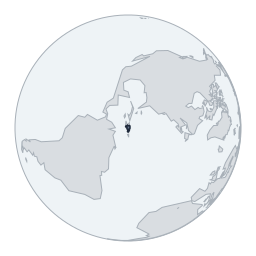 the Earth from above Dominican Republic, rotated 80°
{"feature_id": "DOM", "entity_name": "Dominican Republic", "entity_type": "country or territory", "adm_level": 0, "iso_a3": "DOM", "parent_name": "North America", "parent_adm1": "", "projection": "orthographic", "projection_center": [-70.506, 18.775], "detail": "fine", "context": "on_globe", "style": "filled", "palette": "slate", "viewbox_px": 256, "rotation_deg": 80, "n_neighbors": 0, "source": "natural_earth", "source_scale": "50m", "svg_char_len": 9826}
<svg xmlns="http://www.w3.org/2000/svg" viewBox="0 0 256 256"><g transform="rotate(80 128 128)"><circle cx="128" cy="128" r="113" fill="#eef3f6" stroke="#a8b0b8"/><path d="M113.1,148.1L110.5,146.8L107.9,150.0L99.0,144.1L96.0,137.2L69.8,123.4L67.3,119.5L67.7,113.9L61.2,93.9L62.9,111.9L60.0,108.0L58.1,101.3L59.7,100.0L59.2,90.7L56.9,86.6L58.6,75.3L67.1,62.7L67.5,65.0L69.5,62.0L69.1,59.0L68.4,57.8L74.7,46.0L74.7,38.9L70.9,39.3L74.7,37.5L65.0,40.3L62.6,39.7L67.7,38.9L70.0,37.8L69.5,36.4L71.7,35.0L72.7,33.7L75.5,32.2L78.2,32.3L80.0,31.4L79.6,30.6L82.0,28.8L82.4,30.2L86.7,27.4L92.1,27.7L91.0,33.8L96.2,34.0L101.1,40.5L102.9,39.1L106.0,41.2L109.2,40.5L109.2,42.2L111.8,40.2L111.2,38.8L112.1,37.6L114.0,37.1L114.3,39.1L113.4,39.6L114.5,40.0L113.8,41.3L115.2,40.4L115.4,43.1L118.0,39.9L120.4,41.6L119.7,43.6L116.2,44.1L105.9,51.0L104.2,53.7L105.3,56.8L114.9,60.8L114.4,63.8L116.5,67.3L118.4,65.1L117.4,61.7L121.5,58.9L119.9,55.4L121.3,53.9L121.1,50.3L125.0,50.2L128.9,52.2L129.2,55.3L131.0,56.4L133.8,53.2L137.5,59.1L145.1,63.5L145.7,65.3L141.1,68.8L133.2,69.2L127.2,75.0L135.0,70.8L136.2,75.9L138.0,76.7L140.2,76.4L141.3,74.3L142.6,76.2L135.3,80.7L134.1,79.1L136.4,77.6L132.7,77.9L127.8,81.6L128.8,84.2L120.4,88.0L121.0,90.1L119.5,92.2L119.1,88.6L119.7,95.4L109.9,102.8L110.5,114.9L105.7,105.4L101.4,104.1L96.2,104.0L96.1,106.0L89.2,104.0L82.8,107.7L80.1,117.0L82.3,124.6L90.0,125.5L92.4,121.6L98.2,121.2L93.8,131.9L103.7,134.0L102.6,142.1L105.4,146.4L110.5,145.5L115.7,147.6L119.5,143.0L125.6,140.4L125.7,147.0L129.1,141.0L132.5,144.1L144.6,143.4L143.7,144.9L153.9,152.0L164.9,154.3L167.5,158.7L166.2,161.7L170.0,162.1L170.0,163.9L185.1,164.5L192.7,167.6L192.4,173.9L185.9,182.1L179.5,197.1L167.7,203.2L164.4,208.7L154.7,216.9L147.6,216.9L149.4,220.2L145.2,222.4L140.5,222.8L139.5,225.1L136.0,225.3L138.2,226.6L132.4,229.5L133.9,231.5L129.7,233.5L130.8,234.6L129.3,234.5L127.6,234.9L127.4,235.5L122.7,234.5L121.4,231.9L123.1,230.6L121.1,230.3L124.8,226.6L122.5,227.4L123.2,221.3L126.5,215.8L128.6,198.2L126.2,194.4L117.5,189.9L107.1,174.8L109.9,168.7L107.6,165.6L115.0,156.8L113.1,148.1ZM21.8,96.3L22.7,93.8L22.4,95.8L21.8,96.3ZM23.1,92.1L22.8,92.9L23.0,92.1L23.1,92.1ZM23.2,91.3L23.1,91.9L23.1,91.5L23.2,91.3ZM23.2,90.6L23.2,90.9L23.2,91.0L23.2,90.6ZM109.8,119.0L121.2,125.0L114.6,125.6L115.9,124.6L113.0,122.1L107.6,119.8L101.9,120.8L109.8,119.0ZM23.5,88.9L23.6,88.4L23.5,88.9ZM115.2,112.4L113.2,111.9L115.2,111.9L115.2,112.4ZM67.7,57.6L68.9,59.2L68.4,62.6L67.1,61.4L67.7,57.6ZM68.9,51.7L70.1,51.8L67.8,54.6L67.8,53.7L68.9,51.7ZM67.7,40.1L68.3,40.8L67.0,40.6L67.7,40.1ZM72.4,33.8L71.5,34.1L72.5,33.3L72.4,33.8ZM119.0,50.6L120.0,50.4L119.5,51.2L119.0,50.6ZM117.9,49.2L116.6,50.2L115.8,49.7L116.7,49.2L117.9,49.2ZM77.5,30.4L79.2,29.2L77.9,30.4L77.5,30.4ZM119.7,48.2L114.8,48.8L113.6,48.0L115.7,45.1L119.7,48.2ZM80.5,28.5L84.7,25.9L83.1,26.2L89.9,24.1L84.1,26.8L82.8,28.2L82.2,27.9L80.5,28.5ZM110.2,38.6L110.9,40.1L108.6,39.3L110.2,38.6ZM108.5,38.4L100.0,38.5L99.8,36.3L102.7,36.6L101.2,34.4L105.3,33.2L107.0,34.2L106.3,35.8L108.4,34.2L108.5,38.4ZM93.0,23.5L94.4,23.0L93.4,23.6L93.0,23.5ZM112.3,37.0L110.6,37.1L110.4,35.2L113.8,34.7L112.8,35.4L112.3,37.0ZM98.7,34.4L99.1,33.1L102.6,31.7L103.2,31.0L105.3,33.0L98.7,34.4ZM113.8,35.6L115.5,34.5L117.3,35.0L114.0,36.8L113.8,35.6ZM108.9,35.0L109.0,34.1L110.0,34.4L108.9,35.0ZM124.7,36.8L122.6,36.7L122.3,35.7L124.7,36.8ZM116.0,34.0L115.4,33.8L115.0,33.5L116.5,32.9L116.0,34.0ZM107.6,32.1L109.0,31.9L106.9,31.2L109.4,30.3L110.4,31.9L111.0,30.8L111.8,30.6L111.7,32.2L107.6,32.1ZM116.9,31.2L119.0,33.2L122.9,33.4L123.3,34.3L117.0,33.9L116.9,31.2ZM113.9,31.6L115.9,31.6L115.3,32.6L113.6,33.3L113.9,31.6ZM110.8,29.2L106.7,30.1L106.6,29.8L110.8,29.2ZM118.2,31.1L117.6,30.6L118.5,31.0L118.2,31.1ZM113.1,29.5L111.7,29.8L111.7,29.4L113.1,29.5ZM117.8,29.5L118.4,30.1L117.3,30.6L117.8,29.5ZM115.7,29.4L116.0,28.7L116.5,30.4L115.1,29.5L115.7,29.4ZM113.3,29.1L112.8,28.9L113.9,29.0L113.3,29.1ZM121.6,27.7L122.5,29.7L120.0,30.5L119.5,28.5L121.6,27.7ZM130.6,236.5L123.1,234.8L127.3,235.6L130.2,234.8L134.2,235.9L130.6,236.5ZM139.3,234.0L142.7,233.3L143.5,233.5L141.3,234.1L139.3,234.0ZM215.4,56.9L217.4,60.2L214.4,57.0L209.2,50.1L207.9,48.6L215.4,56.9ZM204.3,45.1L203.8,44.7L200.0,41.4L203.0,44.2L204.1,45.0L206.0,47.0L205.2,46.4L203.9,45.2L203.9,45.7L210.1,52.0L211.8,53.5L213.8,57.6L216.9,60.6L218.5,63.2L214.0,59.1L212.1,57.0L206.1,54.4L208.3,56.9L214.1,59.7L213.6,60.1L216.6,64.1L214.0,61.4L207.1,58.2L206.9,62.6L212.0,75.0L210.7,77.7L207.3,77.8L200.1,68.0L203.7,63.2L201.2,60.2L195.9,57.7L197.4,56.6L195.7,55.1L196.6,53.4L193.4,48.3L193.6,46.5L188.1,42.2L187.4,40.8L190.9,43.7L193.5,44.9L193.5,41.2L192.3,39.8L188.6,37.4L189.1,36.9L185.6,35.2L183.5,32.6L183.1,34.4L178.8,32.2L175.2,29.7L173.7,29.4L179.6,33.7L182.0,35.1L184.2,35.8L190.7,40.8L191.6,42.6L184.5,39.1L185.0,41.5L179.2,38.1L166.9,28.0L163.9,25.3L168.2,24.4L171.3,25.8L171.4,26.7L175.3,27.5L173.1,26.6L173.5,26.4L169.5,24.7L169.6,24.4L165.6,23.3L165.3,22.9L167.8,23.6L161.6,21.2L159.7,20.2L158.3,19.8L157.3,19.7L155.6,18.8L154.6,18.6L154.7,18.8L152.9,18.5L148.9,17.8L148.6,17.6L149.9,17.8L152.3,18.0L155.3,18.7L163.0,20.9L170.5,23.7L177.9,27.0L184.9,30.8L191.7,35.1L198.2,39.9L204.3,45.1ZM152.7,18.1L152.1,18.0L149.3,17.6L147.0,17.3L147.9,17.3L147.4,17.3L146.1,17.0L144.6,16.7L143.4,16.7L130.2,16.1L125.8,15.8L128.1,15.5L118.4,15.9L114.2,16.2L114.4,16.2L109.9,16.9L111.2,16.8L110.9,16.9L99.9,19.5L97.1,20.2L92.5,22.1L94.5,21.7L89.9,24.1L83.1,26.2L83.2,25.8L78.9,27.7L79.9,26.6L78.6,26.9L82.2,25.1L84.8,24.0L85.5,23.8L85.3,23.8L93.3,20.8L101.6,18.5L110.0,16.8L118.6,15.8L127.1,15.4L135.7,15.6L144.3,16.5L152.7,18.1ZM233.4,167.8L234.9,163.3L237.6,153.9L238.7,147.8L238.7,136.8L238.9,128.4L238.2,126.0L237.2,128.6L236.1,125.8L235.2,126.8L227.7,136.6L223.7,133.9L214.9,122.0L215.0,114.9L212.1,108.2L210.6,78.3L213.6,77.5L216.2,68.3L217.1,68.2L220.4,73.5L225.3,74.5L222.6,69.1L223.4,68.2L222.6,66.8L226.7,73.8L230.4,81.0L233.5,88.5L236.1,96.2L238.1,104.0L239.5,112.0L240.4,120.1L240.6,128.1L240.3,136.2L239.5,144.3L238.0,152.3L236.0,160.1L233.4,167.8ZM215.0,91.5L216.0,93.6L215.0,91.5ZM145.0,143.3L146.4,144.5L144.5,144.6L145.0,143.3ZM113.7,128.3L116.1,128.5L117.4,129.6L115.5,129.9L113.7,128.3ZM134.3,128.4L137.2,128.9L134.2,129.6L134.3,128.4ZM123.0,125.7L132.1,128.3L126.3,130.3L120.6,128.8L124.6,128.2L123.0,125.7ZM113.9,116.3L115.4,116.8L114.9,118.0L113.9,116.3ZM116.6,112.5L116.0,112.6L115.3,111.5L116.6,112.5ZM136.6,75.6L137.2,75.3L139.5,75.4L138.4,76.3L136.6,75.6ZM149.5,71.1L151.2,74.2L149.2,72.5L148.1,74.1L142.5,72.7L145.7,66.2L145.2,69.3L149.5,71.1ZM136.0,69.5L139.2,70.8L135.6,69.7L136.0,69.5ZM185.3,49.9L187.1,50.1L189.0,52.0L188.6,55.2L186.0,52.3L185.3,49.9ZM189.2,49.9L182.2,46.0L182.2,44.2L183.4,45.8L184.0,45.0L186.2,47.4L192.9,49.8L195.0,51.8L193.3,56.0L192.7,53.4L191.0,53.3L189.2,49.9ZM164.6,42.2L161.6,41.2L165.3,38.3L167.7,39.6L167.5,42.6L164.6,42.9L164.6,42.2ZM124.5,43.4L123.1,43.8L123.0,43.1L124.1,42.3L124.5,43.4ZM123.7,36.8L130.5,41.2L129.2,41.8L134.7,44.0L133.5,46.6L130.0,45.0L133.1,48.8L129.5,48.4L132.0,50.9L124.4,47.1L121.2,47.1L125.2,46.0L126.4,43.6L125.9,42.6L122.4,39.8L116.2,39.1L116.4,36.9L118.2,35.5L119.7,35.3L119.1,36.8L121.5,35.5L121.8,37.5L123.7,36.8ZM138.9,25.2L137.5,26.2L142.5,25.5L142.8,26.9L143.4,26.7L145.0,27.9L148.0,29.1L147.6,29.8L148.9,30.0L150.1,30.9L151.7,31.5L151.6,33.0L153.7,33.9L152.5,34.1L156.0,35.3L153.3,35.1L154.5,36.4L156.5,35.9L151.9,43.9L152.0,48.0L153.6,51.6L148.8,51.2L144.2,47.7L140.4,43.2L141.0,39.5L138.7,40.2L138.3,38.7L140.3,38.8L137.0,37.8L137.2,36.7L133.8,33.6L128.9,33.2L127.6,32.2L129.6,31.8L126.9,31.2L129.7,29.8L128.8,29.2L130.8,27.3L135.2,27.2L133.8,26.5L135.2,25.3L138.9,25.2ZM122.3,27.2L127.5,26.4L130.2,26.8L125.7,29.9L126.1,30.7L123.3,33.0L119.4,32.3L120.6,31.7L120.8,31.0L121.9,31.4L121.2,30.5L122.8,29.7L122.6,28.8L124.3,28.7L122.3,27.2ZM216.0,65.6L216.3,65.2L216.3,64.0L218.1,66.6L216.0,65.6ZM211.4,63.5L211.4,62.6L214.0,65.4L213.7,66.0L211.4,63.5ZM209.1,59.9L211.2,62.3L209.9,61.4L209.1,59.9ZM190.6,42.9L190.3,42.0L191.2,42.4L192.4,43.5L190.6,42.9ZM153.7,24.5L152.5,24.7L151.8,24.4L148.0,24.1L147.4,23.2L149.6,23.1L153.7,24.5ZM218.1,60.4L218.2,60.5L217.9,60.1L217.3,59.4L217.0,58.9L218.1,60.4ZM219.2,63.6L219.6,63.4L219.7,64.3L219.2,63.6ZM152.5,23.5L150.9,23.4L151.6,23.0L152.5,23.5ZM146.9,22.6L147.3,22.1L146.9,23.1L146.9,22.6ZM145.7,17.9L151.7,19.2L155.6,19.9L157.3,20.0L157.5,20.6L151.4,19.4L145.7,17.9ZM132.1,16.2L130.7,16.5L129.6,16.3L129.8,16.2L132.1,16.2ZM132.5,16.5L133.9,17.1L132.0,17.2L131.2,16.7L132.5,16.5ZM143.4,19.6L145.2,20.0L144.6,20.3L143.4,19.6ZM93.9,22.9L94.3,23.0L93.1,23.3L93.9,22.9ZM111.7,16.9L111.1,17.1L109.8,17.2L111.7,16.9ZM108.8,17.8L110.8,17.5L108.9,17.9L108.8,17.8ZM115.2,16.8L111.7,17.4L114.8,16.7L115.2,16.8Z" fill="#d9dde1" stroke="#a8b0b8" stroke-width="1"/><path d="M125.6,129.4L125.7,129.1L125.7,128.8L125.5,128.7L125.3,128.5L125.2,128.3L125.5,128.3L125.5,128.2L125.7,127.9L125.6,127.7L125.9,127.3L125.9,127.2L125.7,127.0L125.7,126.9L125.8,126.7L125.7,126.2L125.8,126.0L125.9,125.9L126.1,125.8L126.3,125.8L126.6,125.9L126.9,125.8L127.2,125.8L127.4,125.8L127.5,125.9L127.7,126.0L127.8,126.0L128.0,126.0L128.4,126.2L128.6,126.3L128.9,126.2L129.0,126.2L129.1,126.4L129.2,126.6L129.3,126.8L129.4,127.0L130.2,126.9L130.4,127.0L130.2,127.2L129.8,127.1L129.7,127.1L129.6,127.3L129.9,127.3L130.1,127.4L130.3,127.4L130.5,127.5L131.0,127.6L131.4,127.7L131.8,128.1L132.0,128.2L132.0,128.3L131.8,128.7L131.8,128.8L131.6,128.8L131.4,129.1L131.2,129.0L131.1,128.8L130.9,128.7L130.7,128.7L130.3,128.7L130.1,128.7L129.8,128.7L129.6,128.7L129.4,128.6L129.1,128.7L128.9,128.8L128.7,129.0L128.0,129.1L127.9,129.0L127.7,128.9L127.2,128.9L127.0,129.0L126.9,129.0L126.9,129.3L126.6,129.8L126.4,130.1L126.1,130.1L125.9,130.0L125.8,129.9L125.8,129.7L125.7,129.5L125.6,129.4Z" fill="#64748b" stroke="#1e293b" stroke-width="1.5"/></g></svg>